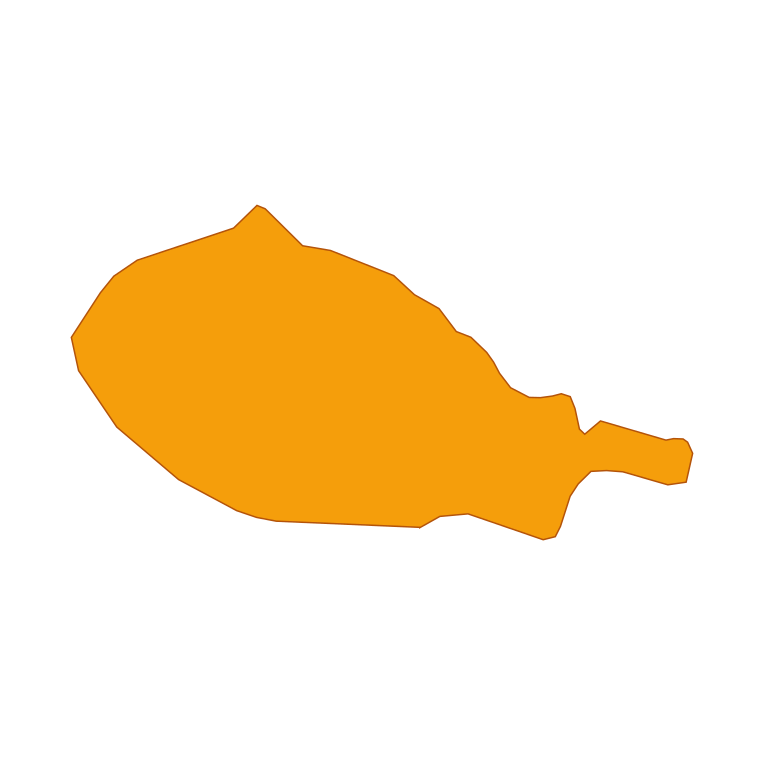 the border of Bohinj, rotated 10°
{"feature_id": "SVN-1009", "entity_name": "Bohinj", "entity_type": "Municipality", "adm_level": 1, "iso_a3": "SVN", "parent_name": "Slovenia", "parent_adm1": "", "projection": "albers", "projection_center": [14.006, 46.306], "detail": "fine", "context": "isolated", "style": "filled", "palette": "amber", "viewbox_px": 768, "rotation_deg": 10, "n_neighbors": 0, "source": "natural_earth", "source_scale": "10m", "svg_char_len": 802}
<svg xmlns="http://www.w3.org/2000/svg" viewBox="0 0 768 768"><g transform="rotate(10 384 384)"><path d="M698.6,428.2L681.0,434.0L634.4,429.0L618.2,430.6L603.0,434.1L592.6,448.7L586.8,462.2L582.5,493.6L579.2,504.6L567.8,509.7L489.3,497.3L462.0,504.7L444.4,519.1L444.4,518.9L301.7,537.8L281.7,537.5L260.9,534.3L198.3,513.8L128.3,472.8L80.9,423.9L68.0,392.4L88.9,343.3L99.2,324.7L119.5,304.9L208.8,256.6L227.9,230.2L236.6,232.1L279.8,262.0L308.1,261.8L374.8,275.6L398.5,290.8L425.1,300.2L446.1,319.8L461.5,322.9L479.7,335.1L488.1,343.4L495.9,353.4L509.3,365.7L529.3,372.0L540.4,370.3L552.0,366.6L560.3,362.8L569.6,364.1L576.3,374.9L584.3,394.5L590.4,398.6L603.6,382.8L671.4,390.3L678.7,387.5L688.1,386.2L693.1,388.6L700.0,398.7L698.6,428.2Z" fill="#f59e0b" stroke="#b45309" stroke-width="1.5"/></g></svg>